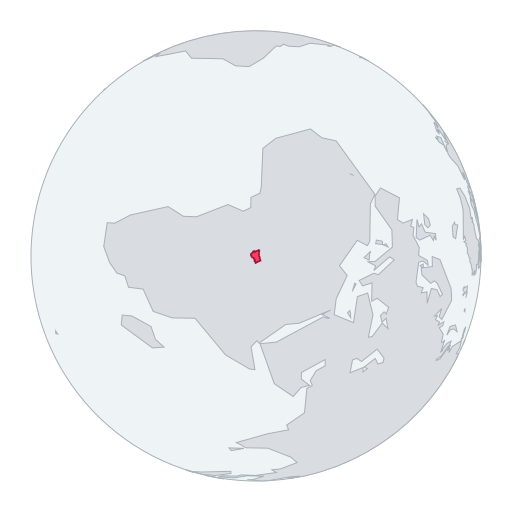 Bamingui-Bangoran on an orthographic globe, rotated 100°
{"feature_id": "CAF-806", "entity_name": "Bamingui-Bangoran", "entity_type": "Prefecture", "adm_level": 1, "iso_a3": "CAF", "parent_name": "Central African Republic", "parent_adm1": "", "projection": "orthographic", "projection_center": [20.535, 8.397], "detail": "fine", "context": "on_globe", "style": "filled", "palette": "rose", "viewbox_px": 512, "rotation_deg": 100, "n_neighbors": 0, "source": "natural_earth", "source_scale": "10m", "svg_char_len": 9921}
<svg xmlns="http://www.w3.org/2000/svg" viewBox="0 0 512 512"><g transform="rotate(100 256 256)"><circle cx="256" cy="256" r="225" fill="#eef3f6" stroke="#a8b0b8"/><path d="M191.5,40.2L191.8,40.1L185.2,42.1L184.0,42.5L182.4,43.1L178.9,44.3L180.9,43.6L172.9,46.6L181.5,43.6L175.8,46.0L170.3,48.0L170.0,47.9L166.6,49.2L191.5,40.2ZM117.9,78.0L117.2,78.6L120.8,75.9L127.8,70.8L132.7,67.8L140.8,62.7L143.9,61.0L152.5,56.3L152.1,57.3L147.0,60.9L139.8,65.1L137.4,67.1L144.9,63.7L132.2,72.9L125.1,82.0L121.7,84.8L113.9,88.1L112.1,85.8L101.9,92.8L109.3,88.9L100.8,97.0L99.7,98.9L100.7,99.2L104.3,96.5L101.5,99.7L93.1,104.2L95.5,101.2L98.1,99.6L97.2,99.0L91.5,103.3L87.6,107.7L83.1,111.6L80.3,115.0L77.8,118.1L81.1,114.0L82.6,112.2L81.9,113.0L93.0,100.5L105.1,88.8L117.9,78.0ZM34.4,215.3L35.8,208.8L34.6,215.9L36.6,218.8L35.8,221.5L37.1,239.8L42.5,249.9L43.7,260.2L42.7,265.7L45.5,268.6L45.6,272.5L60.1,283.3L70.6,295.6L72.3,309.2L67.5,322.8L72.4,353.8L66.3,360.9L71.0,373.1L77.0,389.2L72.5,385.6L80.2,395.6L83.0,400.0L81.9,398.9L83.6,401.0L73.4,387.9L64.2,374.2L56.1,359.8L49.0,344.9L43.0,329.4L38.2,313.6L34.6,297.5L32.1,281.1L30.9,264.7L30.9,248.1L32.0,231.6L34.4,215.3ZM152.2,56.3L152.3,56.3L150.7,57.1L152.2,56.3ZM155.8,54.4L153.7,55.3L155.1,54.6L156.4,54.0L155.8,54.4ZM161.5,51.5L167.2,49.0L158.0,53.5L157.9,53.2L159.5,52.5L161.5,51.5ZM200.3,37.7L198.1,38.3L197.0,38.6L200.3,37.7ZM196.9,38.6L200.2,37.8L197.5,38.6L192.9,39.8L196.9,38.6ZM189.9,41.9L190.5,41.4L194.0,40.3L189.9,41.9ZM201.6,37.5L202.5,37.2L204.0,36.9L205.5,36.6L201.6,37.5ZM211.5,35.4L203.3,37.4L201.6,38.4L198.4,39.3L201.7,37.5L211.5,35.4ZM211.4,35.2L210.8,35.4L207.1,36.2L205.3,36.5L211.4,35.2ZM211.7,35.4L213.7,35.0L212.0,35.4L211.7,35.4ZM221.3,33.4L220.3,33.6L220.0,33.6L221.3,33.4ZM218.0,34.2L215.4,34.8L214.1,34.9L218.0,34.2ZM219.7,33.8L222.2,33.4L215.2,34.6L219.2,33.8L219.7,33.8ZM222.0,33.3L222.9,33.2L222.0,33.3L222.0,33.3ZM224.5,33.8L216.0,35.3L213.1,35.4L221.8,33.8L224.5,33.8ZM117.2,433.5L117.1,433.4L118.8,434.7L119.5,435.2L117.2,433.5ZM464.1,169.6L465.8,174.6L467.2,178.6L465.2,174.6L467.3,183.2L475.1,204.9L476.6,211.7L477.8,225.7L476.9,220.7L471.5,210.1L474.0,226.6L478.3,238.9L479.9,254.6L478.2,250.5L476.1,236.8L474.2,232.7L472.2,218.4L465.7,198.4L463.8,203.3L461.5,195.1L452.3,179.7L448.1,186.6L443.2,210.9L446.6,232.4L443.1,242.9L429.0,213.6L421.5,193.7L417.1,196.4L402.0,181.0L377.7,182.9L373.7,178.0L369.3,181.0L358.5,176.8L352.2,168.8L345.9,169.9L362.8,191.0L369.4,190.0L374.1,180.8L377.6,188.7L387.9,195.0L378.6,215.8L341.7,236.8L337.2,220.9L304.4,179.3L304.9,174.5L304.7,174.0L304.3,173.0L302.2,180.9L296.2,173.0L314.7,201.8L318.2,214.7L341.2,237.8L339.3,240.5L346.4,245.1L368.1,237.3L368.4,242.7L358.7,268.8L327.9,305.2L331.5,328.0L328.4,347.6L308.2,361.4L308.9,376.1L298.3,381.7L297.0,390.0L287.9,399.0L273.1,407.6L249.0,408.3L248.3,401.0L237.4,386.7L222.6,351.1L229.5,334.4L227.7,321.4L210.2,292.5L214.1,276.3L209.2,269.5L199.2,271.2L193.5,263.1L187.4,262.8L148.8,267.9L136.7,257.0L121.4,224.4L128.1,211.8L128.7,197.1L174.5,149.7L184.9,152.4L221.8,146.5L226.5,148.1L222.9,159.0L251.1,172.1L259.3,162.8L284.2,169.6L300.2,168.8L304.7,148.4L278.4,149.1L273.1,139.6L293.6,130.6L316.5,131.2L315.2,127.6L300.1,120.0L304.7,113.5L294.8,117.0L299.3,120.4L293.2,123.1L288.7,120.1L290.5,117.7L283.5,116.4L276.6,129.2L280.4,134.2L262.3,137.1L266.9,145.8L262.2,150.2L252.6,137.1L253.1,132.2L235.8,119.2L233.6,124.3L249.8,137.4L245.0,136.4L242.3,144.7L240.6,137.7L223.5,123.2L206.7,126.7L186.3,147.2L176.3,149.1L167.4,145.2L173.8,124.8L195.5,123.1L198.1,116.9L192.8,108.3L199.9,108.8L200.4,105.5L208.5,104.9L219.1,96.8L227.2,95.9L230.6,86.3L235.2,84.9L231.9,90.7L233.9,94.7L254.0,93.9L257.6,91.8L258.2,85.9L263.7,86.9L261.6,81.4L272.8,79.2L257.5,77.7L257.8,71.9L264.0,67.6L261.4,65.7L251.2,72.9L249.6,76.2L252.6,79.2L245.8,89.3L239.1,91.2L235.8,80.5L225.9,82.4L227.6,74.2L254.2,58.2L265.6,55.6L286.3,62.0L284.1,65.1L275.6,64.1L284.2,69.8L283.1,67.0L287.6,68.2L289.0,63.9L292.3,64.5L288.1,59.6L292.2,60.0L294.9,63.1L300.5,58.1L308.9,58.4L308.6,57.0L305.9,55.5L318.4,57.4L317.7,56.4L313.2,55.3L308.8,52.6L305.9,49.1L310.4,49.9L312.1,51.3L322.3,56.0L326.1,60.3L327.6,60.3L325.4,56.9L312.9,51.1L309.9,48.8L316.2,51.1L313.7,50.0L313.6,49.2L317.7,49.3L310.9,46.8L303.7,39.0L311.0,39.4L317.4,41.8L317.1,39.6L325.3,41.7L321.2,40.4L319.5,39.8L335.4,45.2L350.8,51.6L365.7,59.2L380.0,67.9L393.6,77.6L406.5,88.3L418.5,100.0L429.6,112.5L439.8,125.8L449.0,139.8L457.1,154.4L464.1,169.6ZM159.7,173.6L158.7,178.0L159.7,173.6ZM341.6,142.9L354.7,143.1L347.2,131.2L351.6,130.5L347.5,126.9L346.6,130.3L336.2,120.8L341.2,117.2L338.8,112.4L334.3,112.2L326.7,120.5L341.6,133.8L339.3,138.9L341.6,142.9ZM36.7,218.8L36.7,221.7L36.1,221.2L36.7,218.8ZM42.6,186.5L42.5,188.4L41.9,188.6L42.6,186.5ZM44.3,179.1L42.5,185.5L41.4,187.6L41.7,186.4L44.3,179.1ZM101.3,96.7L101.9,96.5L102.1,97.4L100.5,98.4L101.3,96.7ZM112.3,94.9L107.7,100.3L109.9,96.8L106.6,98.8L107.3,94.5L120.1,86.1L114.2,90.4L112.3,94.9ZM111.7,87.3L109.8,90.4L111.4,87.4L111.7,87.3ZM195.3,89.7L198.3,91.6L195.6,95.3L185.3,98.3L189.2,92.7L195.3,89.7ZM203.2,93.5L202.8,83.1L209.2,81.4L205.7,84.0L209.9,83.9L205.4,88.2L211.9,97.5L209.9,101.5L192.0,103.8L199.0,100.5L195.6,98.6L203.2,93.5ZM190.5,65.5L190.4,62.7L204.3,62.4L202.8,65.3L192.5,67.9L188.2,66.3L190.5,65.5ZM170.0,48.9L169.1,49.0L170.9,48.3L173.2,47.6L170.0,48.9ZM189.9,41.7L176.0,48.2L174.2,48.5L168.3,52.8L161.2,55.4L165.3,52.3L155.5,58.0L156.4,56.3L150.2,60.2L160.1,53.2L160.5,52.5L162.7,52.2L169.1,49.7L172.1,48.4L180.6,44.5L184.7,42.4L191.7,40.2L195.6,39.2L195.7,39.4L191.1,40.6L194.5,40.0L188.0,42.0L189.9,41.7ZM237.1,38.1L231.8,37.9L237.6,39.9L231.0,40.7L232.1,40.9L227.6,42.3L224.1,44.6L221.0,44.8L220.9,45.7L218.0,46.9L216.9,48.3L211.0,49.3L209.1,51.2L207.4,50.7L205.8,53.8L204.3,52.0L200.4,53.9L203.9,54.6L174.7,60.0L163.6,64.8L155.1,70.0L153.7,67.1L160.7,60.8L171.8,54.0L182.7,50.3L180.1,50.0L184.5,48.3L184.8,49.2L187.1,46.9L190.8,45.9L200.7,41.8L201.7,39.8L205.4,38.6L206.8,38.9L209.4,37.5L214.6,37.3L217.3,36.6L225.2,36.0L226.4,37.5L229.3,36.6L235.4,36.6L237.1,38.1ZM226.6,33.6L229.5,34.5L227.4,35.5L214.6,36.2L211.4,36.9L203.2,38.1L206.5,36.7L208.5,36.4L211.3,35.9L209.2,36.5L212.9,35.6L215.9,35.3L219.6,34.7L219.5,35.0L226.6,33.6ZM231.4,144.0L235.0,144.4L240.5,143.8L238.9,149.3L231.4,144.0ZM219.5,134.2L222.7,133.4L223.1,140.3L219.4,140.2L219.5,134.2ZM224.2,127.6L222.9,132.9L221.4,130.0L224.2,127.6ZM234.8,90.0L238.2,89.2L238.6,90.5L236.9,92.6L234.8,90.0ZM252.9,46.5L250.2,45.7L251.1,45.2L248.9,42.6L253.6,42.2L256.8,43.6L252.9,46.5ZM300.4,152.0L296.0,156.0L293.4,154.2L295.5,153.1L300.4,152.0ZM266.1,152.6L274.1,155.0L265.6,154.1L266.1,152.6ZM257.7,45.6L256.2,44.5L259.5,45.0L257.7,45.6ZM256.9,41.8L260.7,42.1L253.9,41.8L256.9,41.8ZM367.4,437.7L367.2,439.7L364.5,440.3L367.4,437.7ZM364.5,342.0L347.3,376.7L337.4,377.5L336.6,367.8L343.7,347.1L355.6,340.5L361.7,330.7L364.5,342.0ZM479.1,287.2L479.0,287.4L478.8,285.5L479.4,281.5L479.9,281.1L479.1,287.2ZM479.3,281.4L478.2,272.1L472.4,243.3L474.5,243.0L479.7,259.4L479.5,262.8L480.3,270.4L479.3,281.4ZM481.0,266.7L481.2,255.3L481.1,248.7L481.0,266.7ZM447.5,234.4L452.0,246.6L449.7,249.3L447.5,234.4ZM469.4,184.7L469.5,186.3L468.4,183.1L467.6,179.4L469.4,184.7ZM295.6,44.8L293.5,48.5L295.0,51.8L300.8,54.3L291.7,52.7L289.3,47.6L295.6,44.8ZM302.3,39.4L297.2,37.9L299.9,38.0L301.5,38.4L302.3,39.4ZM298.8,38.8L291.7,38.1L289.2,37.0L295.3,37.7L298.8,38.8ZM274.7,40.6L273.8,41.6L271.2,41.0L274.7,40.6ZM312.1,37.8L311.5,37.7L312.1,37.8ZM304.7,36.2L302.3,35.5L307.3,36.7L304.7,36.2Z" fill="#d9dde1" stroke="#a8b0b8" stroke-width="1"/><path d="M257.0,252.0L257.3,252.1L257.5,252.0L257.5,251.9L257.8,251.9L257.9,251.7L258.0,251.6L258.4,251.4L258.6,251.4L258.8,251.3L258.9,251.2L259.0,251.2L259.2,250.9L259.3,250.8L259.5,250.7L259.8,250.7L259.8,250.8L259.8,251.1L259.8,251.3L260.0,251.3L260.3,251.4L260.5,251.7L260.6,251.8L260.8,252.0L260.9,252.4L260.9,252.5L261.0,252.5L261.1,252.8L261.2,253.0L261.3,253.0L261.5,253.2L261.6,253.3L261.7,253.5L261.8,253.5L262.0,253.7L262.0,253.8L262.1,254.4L262.2,254.5L262.5,254.8L262.8,254.9L263.1,254.9L263.2,255.0L263.1,255.3L262.3,255.2L262.2,255.2L261.9,255.1L261.7,255.2L261.6,255.3L261.5,255.5L261.7,255.9L261.7,256.0L261.6,256.3L261.6,256.5L261.4,256.7L261.3,256.8L261.2,256.8L261.2,256.7L260.9,256.4L260.8,256.2L260.7,256.3L260.4,256.4L260.2,256.4L260.2,256.5L259.9,256.6L259.7,256.6L259.6,256.8L259.4,256.9L259.3,257.0L259.4,257.3L259.4,257.5L258.6,257.6L258.4,257.6L258.3,257.8L258.3,258.0L258.2,258.1L258.3,258.4L258.3,258.7L258.2,258.8L258.2,259.0L258.0,259.3L258.1,259.5L257.9,259.6L257.6,260.1L257.4,260.4L257.1,260.6L256.9,260.6L256.6,260.5L256.4,260.9L256.4,261.0L256.1,261.2L255.9,261.2L255.7,261.4L255.4,261.4L255.2,261.4L254.9,261.4L254.7,261.2L254.4,261.0L254.2,260.9L254.0,260.7L253.9,260.7L253.7,260.6L253.5,260.4L253.5,260.1L253.4,260.0L253.2,259.9L253.0,259.7L252.9,259.5L252.9,259.4L252.7,259.3L252.5,259.2L252.4,259.2L252.3,259.3L252.3,259.2L252.4,258.9L252.2,258.9L252.3,258.8L252.3,258.7L252.2,258.8L252.1,258.7L251.9,258.6L251.7,258.5L251.5,258.4L251.5,258.5L251.4,258.5L251.3,258.3L251.4,258.2L251.4,257.9L251.4,257.7L251.4,257.4L251.5,257.4L251.4,257.3L251.4,257.2L251.4,256.9L251.1,256.7L250.9,256.5L250.9,256.4L251.0,256.4L250.9,256.3L250.9,256.2L250.7,256.0L250.4,255.6L250.4,255.4L250.3,255.2L250.5,254.9L250.4,254.8L250.3,254.7L250.2,254.6L249.8,254.4L249.7,254.4L249.7,254.2L249.6,254.3L249.5,254.2L249.7,253.9L249.8,253.9L250.0,253.8L250.0,253.7L250.3,253.6L250.5,253.6L250.8,253.5L251.0,253.5L251.3,253.6L251.5,253.6L252.0,253.6L252.3,253.5L252.5,253.6L252.8,253.5L253.0,253.5L253.1,253.4L253.5,253.4L253.8,253.3L253.9,253.2L254.0,253.2L254.0,253.3L254.0,253.2L254.3,253.1L254.5,253.1L254.8,253.1L255.0,253.2L255.3,253.2L255.5,253.1L255.7,252.9L255.8,252.8L255.9,252.7L256.0,252.5L256.0,252.4L256.3,252.4L256.5,252.4L256.6,252.2L256.8,252.1L257.0,252.0L257.0,252.0Z" fill="#f43f5e" stroke="#9f1239" stroke-width="1.5"/></g></svg>